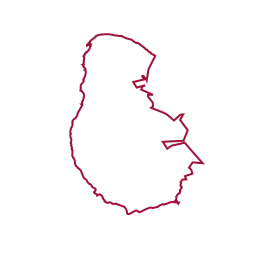 Los Cabos, Baja California Sur, Mexico (Robinson projection), rotated 138°
{"feature_id": "50627088B64168457575480", "entity_name": "Los Cabos", "entity_type": "district", "adm_level": 2, "iso_a3": "MEX", "parent_name": "Mexico", "parent_adm1": "Baja California Sur", "projection": "robinson", "projection_center": [-109.801, 23.272], "detail": "fine", "context": "isolated", "style": "outline", "palette": "rose", "viewbox_px": 256, "rotation_deg": 138, "n_neighbors": 0, "source": "geoboundaries", "source_scale": "gbopen_adm2", "svg_char_len": 5467}
<svg xmlns="http://www.w3.org/2000/svg" viewBox="0 0 256 256"><g transform="rotate(138 128 128)"><path d="M59.5,163.4L59.9,165.4L60.2,165.9L60.5,166.1L60.9,167.4L61.0,168.9L60.8,169.2L61.3,170.1L61.3,170.8L61.6,171.9L61.5,173.7L61.9,173.9L62.0,174.3L62.2,175.6L62.1,177.0L62.3,177.4L62.5,178.9L63.3,182.2L63.1,182.5L63.5,183.2L63.7,184.7L63.8,184.9L64.4,185.0L65.1,186.1L65.7,188.0L66.2,191.0L66.9,192.2L69.1,195.6L70.8,199.3L71.0,199.8L70.9,200.2L70.9,200.4L71.9,201.5L72.2,201.5L72.7,202.0L73.7,203.2L73.9,203.7L74.2,203.8L75.1,204.8L79.3,210.3L80.4,211.4L82.7,213.3L84.1,214.3L84.6,214.9L85.9,215.8L89.8,217.8L90.1,217.6L90.5,217.7L90.9,217.4L97.3,217.9L98.5,217.8L99.8,217.4L102.8,217.2L103.3,217.0L103.4,216.7L102.9,216.8L102.8,216.5L101.8,216.3L101.5,216.1L101.4,216.2L101.1,215.9L100.8,215.9L100.9,216.0L101.0,216.1L100.8,216.1L101.0,216.2L100.8,216.3L100.6,216.1L100.7,215.9L100.6,216.1L100.4,216.0L100.5,216.2L100.4,216.2L100.3,216.3L100.2,216.1L100.3,216.3L100.0,215.9L100.2,216.1L100.0,215.9L100.2,215.7L100.3,215.8L100.2,216.0L100.4,215.6L100.2,215.6L100.0,215.9L100.2,215.5L100.4,215.6L100.2,215.5L100.3,215.4L100.2,215.4L100.3,215.2L100.2,215.3L100.1,215.1L100.2,214.9L100.1,215.0L100.0,214.9L100.2,214.7L100.2,214.8L100.2,214.7L100.4,214.6L100.2,214.8L100.4,214.7L100.3,214.9L100.5,214.8L100.3,215.0L100.5,215.0L100.3,215.1L100.5,215.7L101.1,215.7L101.0,215.3L101.1,214.8L101.5,214.2L102.8,213.0L104.1,212.4L106.1,212.0L107.7,211.9L108.6,212.4L109.1,211.8L110.1,211.8L110.5,211.9L111.1,211.7L111.3,211.3L112.0,211.4L112.5,211.1L112.9,211.2L113.3,210.8L113.2,210.3L113.4,209.6L113.6,209.5L113.8,209.2L114.5,208.7L114.7,208.4L115.2,208.0L115.8,207.8L115.9,207.4L116.5,206.8L117.2,206.4L117.3,206.0L117.8,205.8L118.0,205.6L118.4,205.5L118.5,205.2L118.4,205.2L118.4,204.8L118.7,204.7L119.0,204.9L118.9,204.6L119.4,204.0L119.8,204.0L120.1,203.1L119.9,202.7L120.1,202.4L120.0,201.5L120.1,200.4L120.5,199.8L120.9,199.6L121.3,199.8L121.2,199.3L121.4,199.2L121.4,198.7L121.8,197.9L123.1,196.7L125.7,195.0L127.8,194.4L128.2,194.1L128.6,194.0L128.7,193.9L128.5,193.6L128.9,193.3L129.1,192.8L129.4,192.5L130.8,192.1L133.1,191.8L134.5,191.4L134.9,191.1L135.2,190.5L135.6,190.2L135.8,189.8L136.3,189.6L136.3,189.3L136.8,188.7L138.0,188.0L138.4,187.5L138.2,187.2L137.8,187.0L137.7,186.6L137.5,186.2L137.6,185.5L137.9,185.0L137.8,184.6L138.0,183.1L138.4,182.0L139.6,180.9L142.3,179.0L143.6,178.4L144.3,178.2L144.8,178.0L146.2,176.3L146.1,176.1L146.5,175.8L146.8,175.9L146.7,176.4L146.8,176.5L146.8,175.9L146.8,175.7L147.0,175.5L152.6,173.6L154.7,173.0L155.5,172.7L156.2,172.0L157.0,171.5L158.8,170.8L160.5,170.5L163.0,170.7L164.9,170.2L165.1,169.7L165.6,169.4L165.6,169.0L166.5,168.4L166.5,168.2L166.8,167.6L168.5,166.7L170.8,165.7L172.7,164.5L173.7,163.4L174.2,162.7L174.3,162.0L174.6,161.7L175.8,161.2L176.3,160.5L176.5,160.1L177.0,159.3L178.0,157.1L179.3,156.0L180.7,155.2L180.7,154.7L180.9,154.4L181.0,153.8L181.2,153.5L181.8,153.2L182.4,151.9L182.6,151.2L183.5,150.3L184.1,150.0L184.0,149.1L184.5,148.3L185.1,147.8L185.2,147.4L185.6,146.9L187.7,145.0L187.9,144.5L188.4,143.8L188.5,143.0L188.7,142.7L188.6,141.6L189.3,139.6L189.5,139.2L191.1,137.2L191.5,136.4L191.9,135.2L192.1,133.9L191.7,132.7L192.0,131.4L191.6,130.2L191.5,127.6L192.4,125.8L192.6,124.7L193.5,122.8L193.7,121.6L194.2,120.6L194.2,119.7L193.7,118.4L193.7,117.0L194.2,114.6L194.4,113.1L193.9,112.1L193.6,111.1L193.6,110.2L194.0,107.9L193.7,106.8L193.3,106.2L192.9,104.3L193.4,103.7L194.6,103.0L196.0,103.2L196.5,102.6L196.5,101.8L196.0,101.1L195.7,99.7L195.7,99.3L196.1,98.4L195.2,98.3L195.0,98.5L194.4,98.1L194.0,97.9L193.7,97.9L193.1,97.0L193.1,96.4L192.9,96.1L192.9,94.3L193.2,93.8L193.3,93.0L193.7,92.5L193.8,91.9L194.0,91.4L193.8,90.4L193.8,89.9L194.1,89.1L194.4,89.0L194.2,88.6L194.2,87.9L193.9,87.4L193.6,86.4L193.4,86.1L192.0,85.5L191.5,85.1L190.6,83.9L190.3,83.1L190.4,82.8L190.4,82.4L189.9,81.6L189.5,81.1L188.5,80.5L187.3,79.5L187.4,79.2L187.0,78.7L186.8,77.8L185.8,76.6L185.6,75.8L185.2,75.2L184.8,74.3L183.7,72.4L183.5,70.9L183.8,68.8L184.7,66.8L185.7,65.2L185.9,64.8L185.8,64.4L185.2,63.6L184.5,63.2L178.8,61.9L177.3,61.2L176.6,60.6L176.5,59.9L176.2,59.3L176.2,58.3L175.7,57.7L175.2,57.6L174.3,57.0L171.9,56.5L168.4,55.5L166.1,54.5L165.1,54.2L164.5,53.8L163.6,52.6L163.4,52.2L163.0,51.8L162.1,51.5L161.0,50.7L159.8,50.2L158.9,49.5L156.5,49.3L153.4,48.3L152.9,48.0L152.9,47.4L152.5,46.9L150.2,46.1L149.9,45.7L147.3,44.9L145.4,44.0L143.8,42.8L143.3,42.3L143.3,41.7L141.7,40.3L141.4,39.7L141.3,38.6L141.4,38.1L140.2,38.5L140.7,38.9L140.7,39.0L140.6,41.0L141.0,40.9L141.1,41.2L141.0,41.5L141.2,41.8L141.4,41.7L141.5,42.3L139.6,42.9L138.8,43.6L138.4,44.5L137.6,44.9L136.1,45.2L135.8,45.4L134.5,45.3L134.0,45.4L133.2,45.0L132.8,45.4L131.7,45.7L131.5,46.1L131.5,46.4L131.2,47.0L130.5,47.2L129.7,47.2L128.0,47.7L127.7,48.0L127.4,48.6L127.5,49.1L127.8,49.4L127.5,50.0L127.0,50.6L125.7,51.3L125.4,51.8L125.3,52.4L122.2,53.3L119.1,50.9L117.9,54.1L110.7,51.0L108.9,54.7L109.2,57.7L103.0,59.2L96.1,51.9L95.9,71.1L95.7,79.1L107.2,85.6L112.7,86.4L111.3,94.4L95.3,81.4L85.1,86.4L83.9,99.1L77.9,101.2L80.4,102.9L88.8,102.8L90.0,112.0L91.7,116.3L97.3,127.5L95.0,127.3L92.6,130.3L92.1,137.9L90.9,139.2L87.2,136.0L92.4,147.5L92.0,147.5L91.6,147.8L91.2,148.5L90.5,148.9L90.0,148.9L89.7,149.3L89.2,149.1L88.7,149.3L87.8,148.5L87.6,148.8L94.5,152.2L93.3,158.7L83.6,153.3L82.7,157.0L81.7,156.5L82.0,152.4L81.9,151.7L82.2,150.9L73.5,157.9L59.5,163.4Z" fill="none" stroke="#9f1239" stroke-width="2"/></g></svg>